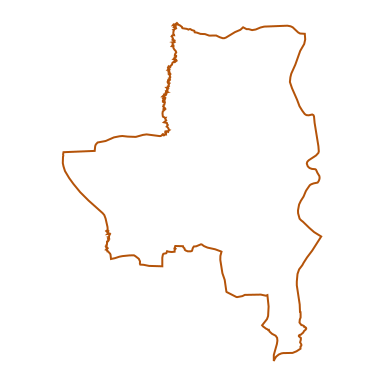 outline of Khukhan, Si Sa Ket, Thailand
{"feature_id": "78962969B84940154161268", "entity_name": "Khukhan", "entity_type": "district", "adm_level": 2, "iso_a3": "THA", "parent_name": "Thailand", "parent_adm1": "Si Sa Ket", "projection": "mercator", "projection_center": [104.145, 14.701], "detail": "fine", "context": "isolated", "style": "outline", "palette": "amber", "viewbox_px": 384, "rotation_deg": 0, "n_neighbors": 0, "source": "geoboundaries", "source_scale": "gbopen_adm2", "svg_char_len": 5879}
<svg xmlns="http://www.w3.org/2000/svg" viewBox="0 0 384 384"><path d="M111.0,259.0L114.8,258.2L119.4,256.7L122.5,256.1L129.5,255.4L133.9,255.3L135.3,256.1L138.8,258.8L140.0,261.4L139.9,263.8L140.3,264.6L143.6,264.8L149.0,265.9L162.3,266.3L162.3,257.7L162.8,255.0L163.4,253.8L166.3,253.2L167.1,251.2L168.6,251.7L171.8,252.0L174.6,251.7L174.7,249.8L175.6,248.7L175.4,248.5L174.7,249.0L174.4,248.7L175.3,246.0L183.0,246.2L183.4,247.4L184.5,248.4L184.8,249.8L185.7,250.5L187.7,251.3L190.8,251.3L191.8,251.0L192.1,250.5L192.8,248.1L193.8,246.5L196.2,246.3L201.0,244.3L201.8,244.5L204.0,246.1L207.5,247.6L215.2,249.3L220.9,251.4L221.5,251.7L220.4,255.9L220.3,259.9L222.4,273.2L224.7,279.9L226.4,291.7L226.6,292.0L236.4,297.0L237.2,297.1L242.4,296.1L244.8,294.9L260.8,294.6L265.9,295.7L267.4,295.1L268.6,306.5L268.1,316.0L267.0,319.1L262.1,325.3L263.0,326.4L266.4,328.9L267.5,329.3L268.2,330.1L268.9,329.9L269.5,331.5L272.0,333.8L275.6,335.7L277.1,337.8L277.4,340.7L276.9,344.0L273.8,355.0L273.8,361.0L274.6,359.2L276.1,356.7L278.8,354.5L281.4,353.4L283.2,353.1L292.6,352.9L296.5,351.3L300.5,348.7L300.5,346.5L301.2,345.8L301.4,345.2L301.3,344.4L300.1,342.3L300.8,339.9L300.9,338.0L298.9,336.3L298.9,335.5L299.7,334.9L300.5,334.9L303.2,332.6L304.0,331.1L305.6,329.7L306.2,328.8L305.6,327.9L305.8,327.6L305.0,327.0L304.1,326.8L304.0,326.1L302.4,325.2L301.4,325.1L299.5,322.6L299.8,319.6L300.6,317.5L300.6,314.1L300.5,312.1L300.0,312.0L299.7,304.5L296.8,285.3L296.8,281.6L297.5,274.0L299.1,269.4L302.3,265.2L303.6,262.8L307.0,257.5L312.2,250.6L321.2,236.5L314.1,232.1L309.3,227.9L302.8,221.6L301.1,220.3L299.6,218.7L298.1,213.3L298.0,210.4L299.1,204.5L300.8,200.9L303.6,196.5L305.8,191.2L306.7,189.7L309.8,185.2L311.2,184.3L313.6,183.4L317.6,182.6L318.6,181.2L319.3,179.5L319.6,178.0L319.4,176.1L317.4,172.8L316.0,169.7L315.2,169.2L311.9,168.9L309.5,168.0L307.8,166.4L306.8,163.7L307.1,162.2L307.8,161.2L309.1,160.0L316.0,155.5L318.4,152.9L318.8,151.4L318.4,146.2L314.6,122.8L314.0,116.4L313.4,115.1L312.2,114.5L308.7,115.3L306.4,115.1L304.7,114.0L302.2,110.6L299.5,106.2L297.1,99.8L292.0,88.2L289.9,82.0L290.4,77.2L291.3,73.6L295.3,64.7L300.2,50.9L304.2,44.0L305.2,39.4L304.8,33.8L300.0,33.5L298.1,32.4L292.7,27.3L290.6,26.3L287.4,25.7L264.2,26.6L260.5,27.5L255.7,29.5L252.1,30.1L248.6,29.1L246.5,29.1L243.1,27.3L240.4,29.8L235.0,32.1L225.9,37.6L224.2,38.2L222.7,38.2L219.7,37.2L216.1,35.5L209.2,35.6L205.0,34.1L200.5,33.9L196.8,32.6L194.7,32.3L194.3,30.8L191.7,30.0L190.4,29.1L189.4,29.1L188.4,29.6L186.9,28.9L182.5,28.2L182.0,27.6L182.0,27.0L179.8,25.3L178.0,24.6L177.8,23.9L176.9,23.0L176.0,23.7L176.1,24.2L176.7,24.4L176.7,24.6L175.3,25.0L175.5,25.9L174.2,24.9L174.0,24.3L173.7,24.3L173.1,25.1L173.8,25.0L174.4,26.3L173.9,27.1L174.5,27.2L175.2,26.9L175.0,28.2L175.6,28.6L173.4,29.8L173.9,30.2L173.4,31.9L173.3,34.2L174.0,34.7L174.1,35.2L173.3,35.1L172.1,35.6L171.6,36.4L172.2,36.8L173.0,38.7L172.5,39.3L172.5,39.9L174.5,40.4L174.7,40.7L174.4,41.8L172.8,42.2L173.7,42.5L172.9,42.9L172.5,43.8L172.7,44.5L172.4,45.4L171.8,46.2L172.6,46.3L173.2,45.3L173.4,45.3L173.6,46.0L173.3,47.1L173.6,48.4L174.7,50.0L175.5,50.7L176.2,52.2L176.2,52.6L175.4,53.4L174.8,55.2L175.3,55.9L176.1,55.9L176.1,56.7L175.1,57.6L174.5,57.5L174.2,58.6L173.6,59.1L176.0,59.6L176.6,60.7L176.0,61.1L175.0,60.1L174.5,60.2L175.1,61.9L174.7,62.2L173.7,61.9L173.4,62.0L172.3,63.1L172.0,64.6L170.6,65.8L170.3,66.9L169.6,66.6L169.0,67.2L168.5,66.6L167.9,67.8L168.1,68.2L169.3,69.0L169.1,69.7L168.0,69.7L167.8,69.9L169.3,70.1L168.9,70.9L169.2,71.4L168.5,71.9L169.0,72.3L169.1,73.2L169.4,73.3L169.7,72.9L170.4,74.0L169.7,74.6L169.2,74.6L169.9,75.4L169.9,76.6L170.3,77.1L169.9,78.1L169.2,78.3L170.0,79.8L169.4,80.5L168.2,80.0L168.0,80.6L168.4,81.5L167.8,81.9L168.3,82.6L169.4,83.2L169.2,83.4L168.3,83.4L168.9,84.4L168.5,85.6L168.9,86.1L168.2,86.8L167.7,86.7L167.6,87.3L167.9,87.7L166.6,87.8L167.8,89.0L167.7,89.3L167.1,89.3L166.9,90.4L167.4,90.7L167.6,91.7L167.3,92.0L166.0,91.5L166.1,92.2L167.0,92.4L165.7,92.8L165.3,93.3L165.8,94.2L166.2,94.3L165.8,95.1L165.3,95.2L164.1,94.8L164.2,95.5L163.3,95.7L162.5,96.5L163.5,96.6L163.7,97.2L164.1,96.7L163.7,96.2L163.9,96.0L164.5,97.1L165.2,97.8L165.0,98.0L163.5,98.0L163.0,98.6L163.9,99.4L164.5,99.2L164.8,98.5L165.1,98.6L164.8,99.5L162.9,100.6L162.9,101.8L163.1,101.9L163.5,101.4L164.0,102.1L164.7,101.7L164.8,102.2L164.1,102.4L164.7,103.0L164.3,104.7L163.5,105.2L163.6,105.9L163.2,106.4L165.1,108.4L164.9,108.6L164.5,108.2L163.6,108.4L163.5,108.9L164.2,108.9L165.0,109.4L162.8,111.4L162.5,113.4L162.8,116.2L163.3,117.0L164.4,117.3L164.9,118.0L165.6,117.9L165.2,118.7L166.2,120.4L164.0,122.3L166.9,123.0L167.2,124.2L167.8,125.0L166.7,126.6L167.3,126.9L168.5,128.5L168.9,130.0L169.2,130.1L168.6,130.5L168.2,131.8L167.0,131.2L165.4,131.4L165.2,132.2L166.2,133.0L165.9,133.7L166.0,134.5L164.4,134.4L164.3,135.2L163.8,135.4L163.3,135.1L163.2,134.2L162.9,134.1L162.2,134.7L162.1,135.2L160.7,136.0L159.8,136.1L146.6,134.4L143.0,134.9L135.8,136.9L127.8,136.6L122.3,136.0L119.4,136.3L113.9,137.4L105.6,141.0L97.6,142.5L95.8,144.5L95.2,146.1L94.7,150.9L63.5,152.2L63.1,154.4L63.3,155.8L63.0,156.7L62.8,163.1L63.5,166.4L65.0,171.1L69.2,178.1L73.4,183.9L80.2,192.2L88.5,200.5L102.7,213.2L104.3,215.1L105.6,218.6L107.5,227.0L107.7,229.9L106.9,230.5L108.3,231.0L108.2,231.4L106.8,231.6L107.1,231.9L108.0,231.8L108.0,232.2L107.4,232.3L108.2,233.3L107.5,234.0L108.5,233.9L109.0,234.4L109.8,233.6L110.1,233.9L109.4,235.1L108.9,236.8L108.4,237.0L109.0,237.3L109.0,237.8L108.4,237.7L108.0,238.7L108.4,239.0L109.0,238.6L109.2,238.9L108.7,239.3L108.7,239.8L108.2,239.7L108.2,241.1L107.7,241.6L107.2,241.4L107.0,241.6L107.0,244.2L106.6,244.6L106.4,245.3L106.6,245.6L105.9,246.2L106.5,246.8L106.2,247.3L106.6,248.2L107.5,247.9L107.7,248.2L106.1,249.7L106.7,249.9L106.9,250.4L107.3,250.5L107.5,251.4L108.0,251.4L110.1,253.7L110.5,254.6L111.0,259.0Z" fill="none" stroke="#b45309" stroke-width="2"/></svg>